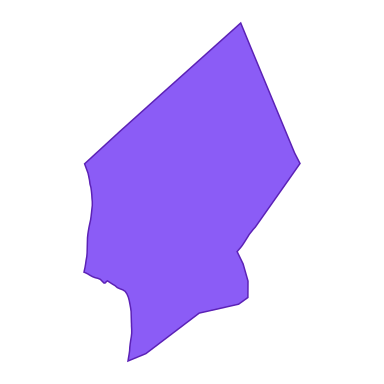 the district of Osaylan, Shabwah, Yemen
{"feature_id": "15242507B14507855055596", "entity_name": "Osaylan", "entity_type": "district", "adm_level": 2, "iso_a3": "YEM", "parent_name": "Yemen", "parent_adm1": "Shabwah", "projection": "equal_earth", "projection_center": [45.859, 15.121], "detail": "fine", "context": "isolated", "style": "filled", "palette": "violet", "viewbox_px": 384, "rotation_deg": 0, "n_neighbors": 0, "source": "geoboundaries", "source_scale": "gbopen_adm2", "svg_char_len": 1278}
<svg xmlns="http://www.w3.org/2000/svg" viewBox="0 0 384 384"><path d="M300.0,163.5L294.6,153.0L250.2,46.1L240.7,23.0L183.4,74.4L162.7,92.9L132.0,120.5L120.3,131.0L84.6,163.8L85.5,166.3L88.0,173.1L88.8,176.7L88.9,177.3L89.5,180.2L90.0,184.1L90.9,187.4L91.4,191.0L91.8,194.8L92.0,198.4L92.3,201.8L92.3,205.5L91.9,209.0L91.5,212.9L91.1,216.3L90.6,219.9L89.8,223.5L89.0,227.3L88.4,230.7L87.9,234.0L87.5,237.6L87.4,241.3L87.3,245.0L87.2,249.1L87.1,253.0L86.8,256.5L86.1,260.4L85.6,264.0L85.0,267.5L84.2,271.1L84.0,272.2L84.9,272.5L87.6,273.8L90.2,275.4L92.6,276.7L95.2,277.7L97.8,278.3L100.4,279.4L102.5,281.6L104.1,283.1L105.5,282.8L106.3,281.6L107.5,280.9L112.6,284.2L115.0,285.6L117.3,287.6L120.0,288.8L122.7,289.8L125.1,291.3L126.9,293.9L128.3,297.1L129.2,300.4L129.9,304.0L130.6,307.9L131.1,311.5L131.2,315.2L131.3,318.6L131.4,322.2L131.5,324.0L131.5,325.9L131.7,329.7L131.7,333.2L131.3,336.7L130.7,340.3L130.2,343.8L129.8,347.4L129.6,350.9L129.1,354.3L128.5,357.8L128.0,361.0L145.9,353.6L199.2,313.1L228.8,306.4L238.6,304.2L247.9,297.5L248.0,281.1L243.1,263.9L237.1,251.6L238.3,250.2L240.5,247.7L242.4,245.2L244.2,242.5L245.9,239.8L247.6,237.1L249.3,234.3L251.3,231.8L253.2,229.4L255.3,227.1L290.0,177.8L300.0,163.5Z" fill="#8b5cf6" stroke="#5b21b6" stroke-width="1.5"/></svg>